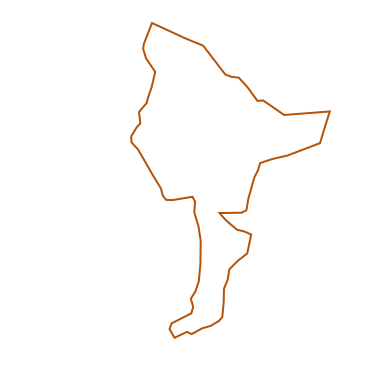 Brejinho, Pernambuco, Brazil (Mercator projection), rotated 292°
{"feature_id": "56859067B9303192166892", "entity_name": "Brejinho", "entity_type": "district", "adm_level": 2, "iso_a3": "BRA", "parent_name": "Brazil", "parent_adm1": "Pernambuco", "projection": "mercator", "projection_center": [-37.342, -7.335], "detail": "fine", "context": "isolated", "style": "outline", "palette": "amber", "viewbox_px": 384, "rotation_deg": 292, "n_neighbors": 0, "source": "geoboundaries", "source_scale": "gbopen_adm2", "svg_char_len": 1085}
<svg xmlns="http://www.w3.org/2000/svg" viewBox="0 0 384 384"><g transform="rotate(292 192 192)"><path d="M50.3,230.4L60.4,239.7L60.1,244.9L69.3,252.4L74.8,259.4L82.3,265.1L87.2,267.0L102.8,262.3L109.0,259.9L114.2,257.9L124.2,257.9L134.3,255.6L145.3,260.2L155.7,266.2L164.9,264.6L174.7,262.8L175.0,255.6L173.9,247.7L177.0,238.4L179.0,233.0L182.8,225.4L191.3,245.6L195.4,249.3L206.7,246.8L228.8,244.3L237.1,245.1L244.3,244.3L252.5,253.9L257.7,261.2L261.3,266.5L285.3,292.4L301.5,290.9L318.3,289.6L297.9,248.5L301.7,231.9L303.5,223.6L301.0,218.6L306.9,209.0L310.1,204.0L315.5,192.6L313.6,185.4L313.4,178.9L331.9,147.5L331.9,133.2L332.0,126.9L333.7,91.6L311.0,91.9L306.4,93.1L298.6,99.4L289.6,112.9L274.2,115.3L263.9,115.8L257.5,116.6L246.3,112.9L236.3,118.4L231.4,116.5L220.8,114.8L215.4,117.3L211.1,126.2L193.6,148.5L183.6,161.9L177.8,166.2L175.0,171.0L177.3,177.1L187.7,194.2L184.3,198.4L173.9,201.8L162.7,210.8L149.9,218.4L128.9,226.6L112.1,231.7L101.3,232.4L92.6,230.9L85.8,236.2L79.2,236.8L62.6,222.3L56.5,222.5L50.3,230.4Z" fill="none" stroke="#b45309" stroke-width="2"/></g></svg>